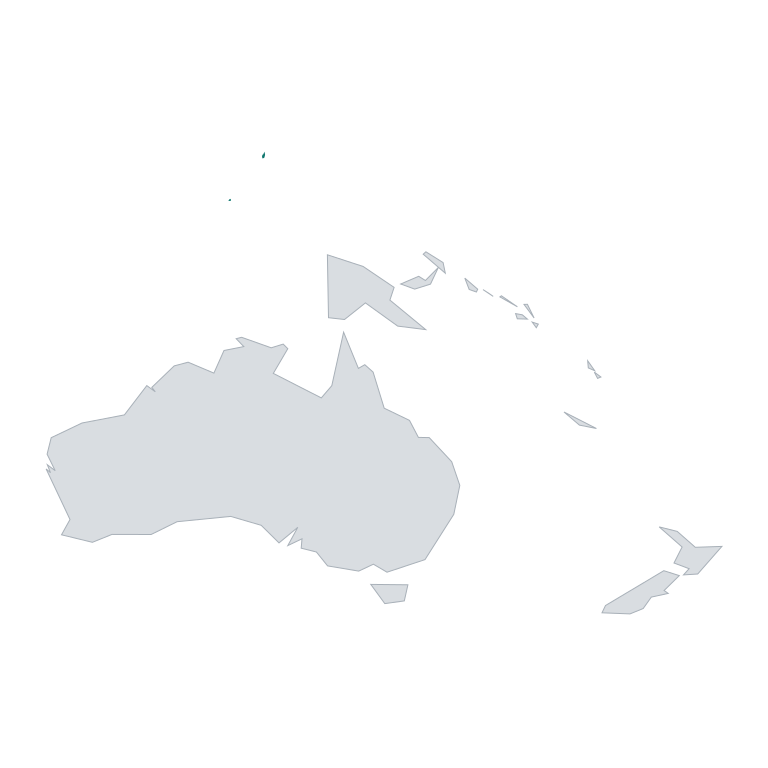 location of Palau within Oceania
{"feature_id": "PLW", "entity_name": "Palau", "entity_type": "country or territory", "adm_level": 0, "iso_a3": "PLW", "parent_name": "Oceania", "parent_adm1": "", "projection": "albers", "projection_center": [133.12, 5.367], "detail": "fine", "context": "in_parent", "style": "filled", "palette": "teal", "viewbox_px": 768, "rotation_deg": 0, "n_neighbors": 6, "source": "natural_earth", "source_scale": "50m", "svg_char_len": 2413}
<svg xmlns="http://www.w3.org/2000/svg" viewBox="0 0 768 768"><path d="M327.4,254.8L363.2,266.5L394.1,287.4L389.9,300.1L425.7,329.6L397.7,326.1L365.4,302.9L344.5,319.5L328.5,317.7L327.4,254.8ZM443.1,262.6L445.3,273.2L423.2,254.2L425.9,251.8L443.1,262.6ZM430.5,284.1L414.7,289.1L400.7,284.0L418.7,276.3L425.4,280.5L438.3,267.5L430.5,284.1ZM464.8,278.1L477.7,289.2L476.4,292.0L469.2,289.5L464.8,278.1Z" fill="#d9dde1" stroke="#a8b0b8" stroke-width="1"/><path d="M594.3,372.1L600.9,377.0L597.6,378.4L594.3,372.1ZM594.7,370.7L588.3,367.9L587.7,360.8L594.7,370.7Z" fill="#d9dde1" stroke="#a8b0b8" stroke-width="1"/><path d="M564.0,412.0L596.4,428.5L579.4,425.1L564.0,412.0Z" fill="#d9dde1" stroke="#a8b0b8" stroke-width="1"/><path d="M538.3,324.1L536.3,327.7L532.2,322.1L538.3,324.1ZM527.4,304.3L534.1,318.0L524.0,304.4L527.4,304.3ZM527.4,319.1L517.3,318.8L515.6,313.6L522.3,314.8L527.4,319.1ZM501.4,295.8L517.4,306.8L499.9,296.9L501.4,295.8ZM489.1,293.5L493.2,296.4L483.0,289.6L489.1,293.5Z" fill="#d9dde1" stroke="#a8b0b8" stroke-width="1"/><path d="M721.9,546.4L697.7,574.0L683.5,574.9L689.1,568.7L674.0,563.0L682.1,547.0L659.2,526.9L677.2,531.4L695.3,547.3L721.9,546.4ZM605.5,605.5L663.8,570.7L679.3,575.6L664.1,590.5L668.2,593.4L651.3,597.1L643.2,608.5L630.0,613.9L602.0,612.8L605.5,605.5Z" fill="#d9dde1" stroke="#a8b0b8" stroke-width="1"/><path d="M370.8,584.4L407.9,584.8L404.3,600.9L384.8,603.6L370.8,584.4ZM177.1,521.7L151.1,534.5L112.0,534.4L92.4,542.3L61.5,534.8L70.0,519.5L46.1,468.9L50.5,472.7L47.3,464.7L55.2,470.7L47.1,454.2L51.2,437.7L82.0,423.0L124.4,414.9L146.8,385.6L155.3,391.8L151.8,387.4L174.2,365.9L188.1,362.2L213.9,373.1L224.0,350.5L243.8,346.6L236.2,338.7L241.6,337.3L271.2,347.8L283.2,344.1L287.8,348.7L273.3,373.4L321.3,397.9L331.8,385.7L343.6,332.2L358.4,368.4L364.8,364.7L373.1,372.1L384.2,408.2L409.5,420.4L418.4,437.4L429.2,437.6L451.7,461.7L459.8,485.4L453.8,514.3L425.0,559.6L387.0,572.2L373.4,564.2L358.7,571.1L327.6,565.9L316.4,552.0L301.2,548.2L302.0,538.8L287.8,545.6L297.8,527.3L279.0,542.9L261.2,525.3L230.7,516.4L177.1,521.7Z" fill="#d9dde1" stroke="#a8b0b8" stroke-width="1"/><path d="M263.6,157.3L263.0,157.5L262.8,156.8L262.9,155.9L263.2,155.2L263.7,155.0L263.8,155.0L264.2,154.1L264.3,154.6L264.0,156.2L263.7,156.8L263.6,157.3ZM230.1,200.2L229.9,200.2L229.7,200.2L229.9,199.9L230.1,199.8L230.2,200.0L230.1,200.2Z" fill="#14b8a6" stroke="#0f766e" stroke-width="1.5"/></svg>